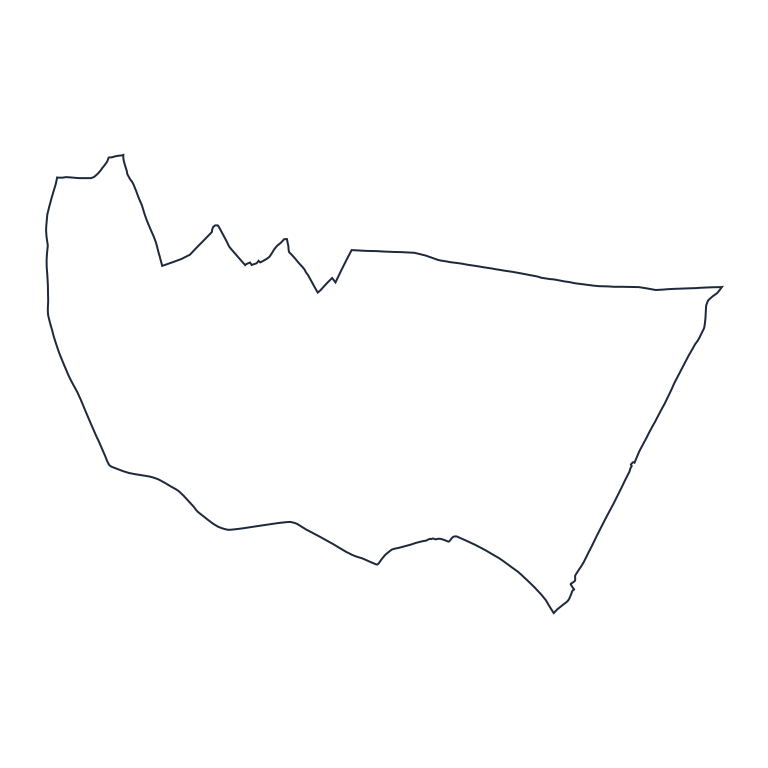 the district of Thanh Binh, Ðong Tháp, Vietnam
{"feature_id": "81297802B14212334557839", "entity_name": "Thanh Binh", "entity_type": "district", "adm_level": 2, "iso_a3": "VNM", "parent_name": "Vietnam", "parent_adm1": "Ðong Tháp", "projection": "albers", "projection_center": [105.482, 10.61], "detail": "fine", "context": "isolated", "style": "outline", "palette": "slate", "viewbox_px": 768, "rotation_deg": 0, "n_neighbors": 0, "source": "geoboundaries", "source_scale": "gbopen_adm2", "svg_char_len": 5740}
<svg xmlns="http://www.w3.org/2000/svg" viewBox="0 0 768 768"><path d="M553.7,613.1L555.8,610.9L557.1,609.5L560.7,606.6L563.7,604.2L566.0,602.5L567.6,601.1L568.9,599.4L569.3,598.6L569.9,597.2L570.8,595.1L572.2,591.3L572.7,590.5L573.1,590.1L573.9,589.7L574.1,589.6L574.1,589.3L573.7,588.9L572.1,586.6L571.0,584.8L570.7,584.3L570.7,584.0L570.8,583.8L571.8,583.2L574.1,581.6L574.8,581.0L575.1,580.3L575.2,579.5L575.2,578.5L575.1,577.0L575.1,576.1L575.2,575.6L575.6,574.8L578.3,570.6L581.8,565.4L583.9,561.8L588.6,552.3L591.8,546.1L595.1,539.3L597.3,534.8L603.2,523.2L605.5,518.7L609.6,511.0L612.4,505.8L613.6,503.5L616.8,497.1L621.0,488.7L621.7,487.3L625.0,480.4L625.8,478.8L629.4,471.8L630.4,468.4L631.7,466.0L630.9,464.8L630.9,464.5L631.3,464.0L632.6,462.6L633.1,462.2L633.5,462.2L634.5,462.7L639.1,451.8L640.4,449.2L646.6,437.6L649.4,432.0L653.6,424.3L654.1,423.5L654.6,422.6L659.4,413.4L661.4,409.6L664.6,403.8L668.6,395.5L671.6,389.3L673.3,385.4L674.5,382.7L677.8,376.4L681.6,369.1L684.1,364.3L685.3,362.0L688.8,355.3L691.8,350.1L693.7,346.8L694.8,344.7L695.8,343.3L697.7,340.7L699.1,338.3L700.9,334.7L703.1,330.2L704.1,328.0L704.3,327.3L704.8,324.1L705.4,318.8L705.6,315.4L705.8,311.3L706.0,308.5L706.1,306.3L706.3,305.1L706.8,303.7L707.8,301.1L708.0,300.6L708.5,300.1L709.7,298.9L712.1,296.8L713.3,295.8L715.1,294.6L716.4,293.7L717.0,293.1L717.9,292.2L719.1,290.8L720.9,288.3L721.9,287.0L720.6,287.1L715.0,287.2L708.8,287.4L700.2,287.8L696.1,288.1L686.9,288.4L679.2,288.7L675.3,288.8L667.7,289.2L663.0,289.6L655.7,290.0L646.8,288.4L638.8,287.1L622.1,286.8L614.2,286.8L608.1,286.4L599.9,286.2L599.0,286.2L596.2,285.9L593.2,285.6L582.5,284.2L575.3,283.3L569.4,282.1L564.4,281.4L556.1,279.8L553.0,279.3L550.0,279.1L541.0,277.7L538.8,276.9L536.8,276.4L531.1,275.3L530.5,275.2L528.9,274.9L521.2,273.4L518.9,273.0L512.2,271.8L506.7,271.0L503.4,270.5L499.4,269.8L496.7,269.4L495.4,269.2L494.5,269.0L492.4,268.6L485.2,267.5L483.0,267.2L478.7,266.4L474.2,265.7L469.9,265.1L467.3,264.7L462.7,263.8L458.0,263.1L452.1,262.4L450.5,262.2L448.4,261.8L443.4,260.9L442.1,260.8L440.7,260.5L438.4,260.0L436.5,259.4L434.3,258.6L431.3,257.5L429.2,256.8L425.9,255.6L416.6,253.3L415.5,253.1L414.8,252.8L414.7,252.8L400.7,252.1L395.6,252.0L390.0,251.8L383.3,251.5L376.3,251.1L366.5,250.9L351.6,250.1L345.8,261.3L340.8,271.3L335.5,282.4L332.1,278.0L327.1,283.0L323.7,286.7L320.6,290.1L317.8,292.6L317.3,291.8L314.0,286.0L308.4,275.7L307.8,274.8L306.0,272.4L304.5,269.5L302.6,267.1L298.6,262.8L295.0,258.4L292.3,255.4L291.0,254.0L289.5,252.6L289.1,252.0L288.9,251.4L288.7,250.4L288.3,245.5L287.9,244.1L287.3,241.2L287.0,239.1L284.3,239.1L282.5,241.0L280.8,242.8L277.3,245.6L275.9,247.2L274.0,249.6L272.3,252.5L270.1,255.9L269.2,257.0L267.5,258.3L264.6,260.1L262.0,261.5L260.6,262.3L260.3,262.4L260.2,262.4L258.6,260.8L257.4,262.4L256.7,263.1L256.1,263.5L254.1,264.1L251.7,265.0L250.0,262.5L246.3,264.1L245.1,265.1L244.1,263.9L240.1,259.4L237.0,255.8L231.8,249.8L229.4,246.9L228.7,245.7L226.4,240.9L218.9,226.9L217.7,225.4L215.1,225.4L213.1,227.1L212.1,229.9L211.8,232.1L202.6,241.6L198.6,245.6L194.2,250.2L189.8,254.8L187.7,255.8L181.4,259.0L172.4,262.3L162.2,265.9L161.7,263.9L160.8,260.7L159.5,255.7L158.6,252.7L156.8,245.5L155.6,241.6L153.9,236.9L150.9,230.2L146.9,220.7L144.4,213.6L141.9,205.2L138.7,197.9L136.1,190.9L133.6,184.7L132.1,181.8L130.0,179.1L127.3,174.1L126.8,171.0L126.4,169.7L125.1,165.6L123.7,160.7L123.3,157.6L123.3,154.9L121.8,155.4L120.7,155.5L117.5,155.9L116.0,156.2L114.7,156.4L113.5,156.9L111.1,157.4L109.1,157.4L108.5,157.9L107.9,159.7L107.7,160.2L107.3,161.3L105.9,163.4L103.7,166.4L102.3,168.0L100.9,170.1L98.0,173.5L95.9,175.4L94.0,177.0L92.4,177.6L91.2,178.1L89.7,178.1L78.6,178.1L71.5,177.5L66.2,177.1L62.3,177.7L59.1,177.7L57.1,177.5L57.0,178.3L56.4,181.1L55.6,184.6L51.8,197.2L49.3,206.5L47.3,214.5L46.2,226.9L46.1,230.7L46.5,236.5L47.1,240.9L47.8,245.4L46.9,254.4L46.6,260.7L46.7,267.0L47.3,274.9L47.8,284.0L47.9,285.6L48.0,292.9L48.2,301.1L47.8,308.6L47.9,312.6L48.2,315.5L48.5,316.7L48.8,318.0L50.1,323.2L52.4,331.2L53.5,335.6L55.0,340.5L57.1,346.9L59.5,353.8L63.8,364.3L68.5,375.4L71.5,381.5L77.3,392.1L80.8,399.8L86.8,414.2L89.3,420.1L96.8,437.3L98.6,440.9L105.2,456.1L106.5,459.4L107.1,461.0L108.5,463.7L108.7,464.1L109.3,465.1L110.1,465.8L111.3,466.6L115.6,468.3L123.2,471.2L126.8,472.3L129.0,473.0L135.2,474.2L141.4,475.2L145.2,475.8L150.4,476.7L154.2,477.8L158.3,479.3L165.1,483.0L170.9,486.5L175.5,489.0L178.7,491.1L183.7,495.8L193.9,507.0L195.9,509.7L197.9,511.9L201.5,514.8L204.5,517.1L207.9,519.8L213.2,523.8L218.2,526.8L222.7,528.5L225.7,529.3L226.4,529.5L228.6,529.8L231.1,529.7L236.7,529.1L242.3,528.4L261.5,525.5L277.8,523.1L285.7,522.2L290.1,521.9L292.2,522.3L295.1,523.1L297.3,524.0L306.1,529.5L318.7,536.1L332.8,543.9L345.5,551.5L352.4,555.0L357.0,556.8L361.8,558.2L366.5,560.2L369.8,561.7L374.9,563.9L376.6,564.5L377.2,564.5L377.7,564.3L378.7,563.4L381.5,559.4L385.0,555.1L387.4,553.0L391.7,549.6L392.6,549.3L393.8,548.9L399.4,547.7L410.8,544.6L415.9,542.9L419.8,541.9L423.5,541.0L425.9,540.7L428.4,539.4L429.1,539.1L429.9,538.9L430.3,538.9L430.6,539.0L430.8,539.1L431.1,539.1L431.4,539.0L432.6,538.5L432.9,538.5L433.5,538.6L434.0,538.9L434.4,539.0L435.1,539.2L435.7,539.3L436.1,539.3L437.1,539.0L438.1,538.8L438.9,538.7L439.6,538.8L441.1,539.0L443.1,539.6L445.1,540.3L447.0,541.1L448.4,541.6L448.7,541.6L449.3,541.3L450.0,540.5L451.2,538.9L452.1,537.8L452.8,537.2L453.6,536.7L454.8,536.4L456.0,536.4L456.9,536.5L460.7,538.2L466.3,540.7L470.8,542.8L475.5,545.0L481.1,547.9L485.4,550.2L493.1,554.7L499.1,558.2L502.8,560.7L509.2,565.4L511.9,567.4L516.5,570.7L518.1,571.9L521.4,574.8L527.7,580.7L534.3,587.1L541.5,594.8L545.8,600.1L548.9,605.4L553.7,613.1Z" fill="none" stroke="#1e293b" stroke-width="2"/></svg>